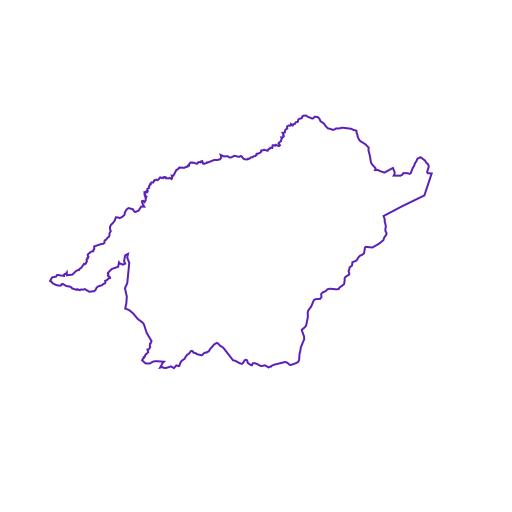 Nkoranza North, Brong Ahafo, Ghana, rotated 153°
{"feature_id": "2480657B63998169387071", "entity_name": "Nkoranza North", "entity_type": "district", "adm_level": 2, "iso_a3": "GHA", "parent_name": "Ghana", "parent_adm1": "Brong Ahafo", "projection": "robinson", "projection_center": [-1.569, 7.72], "detail": "fine", "context": "isolated", "style": "outline", "palette": "violet", "viewbox_px": 512, "rotation_deg": 153, "n_neighbors": 0, "source": "geoboundaries", "source_scale": "gbopen_adm2", "svg_char_len": 6141}
<svg xmlns="http://www.w3.org/2000/svg" viewBox="0 0 512 512"><g transform="rotate(153 256 256)"><path d="M310.2,161.4L309.2,160.5L307.6,161.8L305.8,161.1L304.4,159.7L301.5,155.6L297.5,154.4L295.4,151.0L293.9,151.1L293.0,150.6L291.8,151.1L289.1,150.9L278.1,148.3L276.6,146.8L275.3,143.6L274.4,143.1L269.5,142.4L266.5,142.5L264.7,143.9L261.5,149.3L260.4,150.3L257.3,154.5L250.8,160.0L249.7,162.5L248.9,169.1L248.6,169.6L245.3,170.2L243.0,171.2L237.4,178.2L235.7,181.9L234.4,183.6L229.8,185.9L224.4,190.5L222.6,190.5L218.3,188.7L216.4,189.6L215.2,192.5L214.1,193.0L212.7,193.3L209.9,193.1L207.6,193.9L205.0,193.3L199.5,189.8L197.3,189.0L196.1,189.9L190.3,190.9L187.8,194.4L187.4,195.6L186.4,196.5L184.4,197.0L181.5,197.1L181.0,197.7L180.2,200.8L178.9,201.8L177.8,203.3L174.8,203.9L172.9,206.7L169.0,206.3L167.5,206.8L165.8,208.1L163.0,209.1L161.1,208.8L158.5,209.4L155.1,214.0L154.0,214.3L148.4,210.7L140.9,211.1L135.3,212.3L133.3,214.3L130.3,215.8L129.3,217.2L129.3,219.7L128.3,221.6L127.3,222.7L126.5,224.5L125.6,228.6L124.7,230.0L124.2,233.7L102.8,234.0L78.5,233.5L62.0,249.8L65.3,251.8L65.5,253.0L61.3,257.4L61.1,259.9L61.9,261.5L62.1,264.3L64.5,269.3L68.0,269.4L70.4,267.4L72.3,266.5L74.1,264.6L76.3,263.3L80.6,259.5L81.9,259.5L83.6,261.1L86.8,262.8L87.4,262.9L88.6,262.0L90.9,262.0L96.8,265.1L95.3,266.2L94.4,267.7L94.1,272.3L103.7,272.0L106.9,275.3L108.2,277.1L110.9,278.5L109.7,279.5L109.7,280.3L111.1,285.3L111.0,287.5L109.1,293.3L107.8,299.1L106.4,301.5L107.8,305.9L110.9,311.0L111.4,313.2L111.1,316.8L110.6,317.9L110.5,319.9L109.7,321.7L109.8,322.3L111.7,323.8L113.5,326.2L120.6,331.0L124.8,332.2L126.6,333.3L128.7,333.1L130.5,333.6L131.7,335.2L134.0,337.1L135.0,340.2L135.4,343.4L137.3,346.7L137.2,349.8L137.9,351.7L140.3,353.4L142.7,352.7L143.6,353.0L147.0,357.0L147.5,358.3L149.8,359.4L151.3,359.4L151.9,358.5L153.0,358.0L154.6,358.5L156.3,358.4L157.6,356.8L158.3,356.6L159.9,357.1L161.6,356.0L163.1,356.5L164.1,355.6L164.8,356.5L165.0,357.7L166.4,356.6L168.0,357.5L169.3,357.3L169.7,357.1L170.2,355.4L172.6,355.1L174.3,353.0L176.4,353.7L176.5,351.1L177.0,351.0L177.0,350.0L178.4,349.6L179.6,350.2L179.7,348.9L181.3,347.6L181.4,347.1L184.7,346.3L184.4,343.8L185.8,343.5L187.8,346.1L189.0,345.6L189.7,346.6L190.9,347.1L192.4,344.9L194.1,346.0L194.7,345.4L196.5,345.5L197.8,344.5L200.7,347.1L202.2,347.0L203.3,347.7L204.6,346.3L206.6,346.1L208.9,346.7L209.4,346.1L209.5,346.4L211.1,345.4L213.3,345.9L214.6,345.6L215.7,346.2L217.3,345.8L218.7,345.8L218.9,346.3L219.8,346.0L221.5,346.8L222.5,347.7L223.1,348.7L223.6,351.4L224.1,352.0L226.1,352.0L229.9,355.2L233.0,355.0L235.0,355.9L235.9,357.7L239.5,359.4L241.6,362.1L241.9,360.4L242.9,359.0L244.5,358.5L247.4,359.3L249.4,360.5L256.6,361.2L257.1,361.7L257.6,361.3L260.7,361.8L261.2,362.2L260.8,365.0L261.8,365.1L262.0,364.6L262.4,365.1L263.0,364.7L263.9,365.5L265.4,365.7L266.0,365.0L266.9,365.0L269.8,368.0L270.5,367.9L271.8,369.1L274.0,368.1L274.7,367.0L275.3,367.5L276.2,366.8L276.6,367.1L277.1,366.8L278.7,367.2L279.9,367.1L283.8,369.5L284.0,369.1L284.7,369.4L286.3,368.7L287.7,368.9L293.1,365.1L294.5,365.9L294.6,364.8L295.3,364.2L295.3,363.6L296.3,362.9L297.4,364.8L298.6,364.8L300.5,365.9L300.6,367.0L301.0,367.4L301.4,367.1L301.5,367.9L302.7,368.2L303.5,367.6L304.0,368.3L304.9,368.5L305.4,369.4L306.2,369.5L307.3,368.7L309.0,368.3L309.6,368.4L310.3,369.4L311.6,369.6L312.1,369.2L312.7,369.4L313.0,368.9L314.5,368.2L315.7,369.0L317.0,368.5L317.2,367.9L317.6,368.2L318.9,367.0L319.6,366.9L320.2,365.3L322.4,365.1L323.1,363.0L323.8,363.4L324.7,362.8L324.6,362.4L325.2,362.6L325.3,363.2L325.9,362.9L326.3,363.3L326.7,362.1L327.0,362.3L327.4,361.4L327.0,361.2L327.2,360.6L326.9,360.1L327.8,359.4L327.8,358.8L327.2,358.4L327.8,358.2L327.7,357.7L328.5,357.0L328.8,355.9L330.9,354.6L331.5,356.4L332.4,356.7L333.0,356.1L333.3,354.3L333.2,350.7L335.9,352.2L340.0,349.7L343.6,350.0L344.3,351.1L344.5,353.6L347.9,356.6L350.4,356.1L352.8,354.6L354.6,352.3L357.4,351.6L360.3,351.6L361.2,352.8L363.3,354.1L365.8,351.7L368.6,350.3L370.9,349.7L372.9,348.2L373.9,346.1L374.1,344.1L376.1,342.9L377.1,341.0L378.4,339.9L379.6,339.8L382.4,338.5L383.8,338.6L385.1,336.5L386.7,336.3L388.5,336.9L395.8,338.0L397.0,335.6L397.9,335.4L398.8,334.1L399.9,334.6L401.8,334.6L405.2,333.7L405.7,332.8L405.6,331.4L406.9,331.0L407.0,330.1L408.5,329.9L409.2,327.8L410.1,327.6L411.1,326.5L412.3,326.4L412.8,327.1L416.9,324.9L419.5,324.5L420.0,323.9L421.2,324.3L423.2,324.3L428.1,322.8L433.3,324.7L432.1,327.2L433.6,326.4L434.8,326.8L435.5,326.5L436.1,325.4L441.7,329.4L443.5,328.4L447.2,329.5L450.7,327.4L450.9,327.0L449.9,326.1L449.6,324.0L447.2,320.8L444.6,318.8L443.3,318.3L442.6,318.4L441.9,319.2L440.8,318.8L438.6,315.3L435.7,313.2L434.7,311.7L434.6,310.6L430.9,307.1L430.2,307.5L428.5,305.5L427.1,305.6L425.3,304.5L423.5,304.2L420.8,299.8L416.0,298.1L413.9,298.9L412.5,300.1L410.4,300.6L406.6,299.9L404.4,300.4L403.1,300.1L402.0,301.0L401.7,302.3L399.2,302.3L398.0,302.9L396.1,302.6L395.8,303.4L396.7,305.1L396.4,305.7L396.7,305.9L396.0,306.6L396.1,307.3L395.4,307.7L395.4,308.3L390.4,309.9L383.7,309.0L380.9,312.5L380.6,310.8L379.3,309.9L378.6,308.7L376.0,308.6L376.0,311.1L372.7,315.5L371.9,316.0L369.1,316.0L371.5,313.0L372.0,307.5L383.0,290.3L387.4,286.8L389.5,278.6L392.9,272.9L396.4,268.5L393.9,265.8L392.9,263.9L391.4,260.1L390.0,253.7L387.2,247.9L386.9,246.1L388.3,237.1L387.7,227.6L389.7,225.9L390.3,226.0L391.6,223.8L391.6,222.9L393.9,221.5L395.2,221.9L395.7,219.2L399.5,218.1L400.9,216.7L401.9,216.9L402.5,215.9L403.3,215.9L404.8,214.8L403.2,210.5L399.7,208.5L395.6,208.6L392.8,207.7L386.0,203.6L388.0,202.9L392.1,200.1L390.0,199.7L389.1,198.3L387.1,197.1L381.9,196.2L380.0,193.3L376.6,194.7L374.8,192.9L374.2,192.9L372.1,195.0L370.0,196.3L366.0,196.9L364.6,198.1L362.2,199.2L359.7,199.5L356.9,200.9L355.8,200.1L355.5,199.4L355.7,198.3L353.6,196.5L353.4,195.5L349.6,192.3L348.8,192.2L345.8,193.2L343.8,192.3L343.0,192.7L341.6,192.4L339.0,194.0L333.4,196.2L330.5,196.4L329.6,195.4L328.7,192.4L326.8,189.1L323.8,173.5L322.0,172.0L319.1,167.7L317.5,166.3L316.0,166.6L313.6,168.2L312.1,168.1L311.5,167.5L311.5,166.5L311.8,164.3L310.2,161.4Z" fill="none" stroke="#5b21b6" stroke-width="2"/></g></svg>